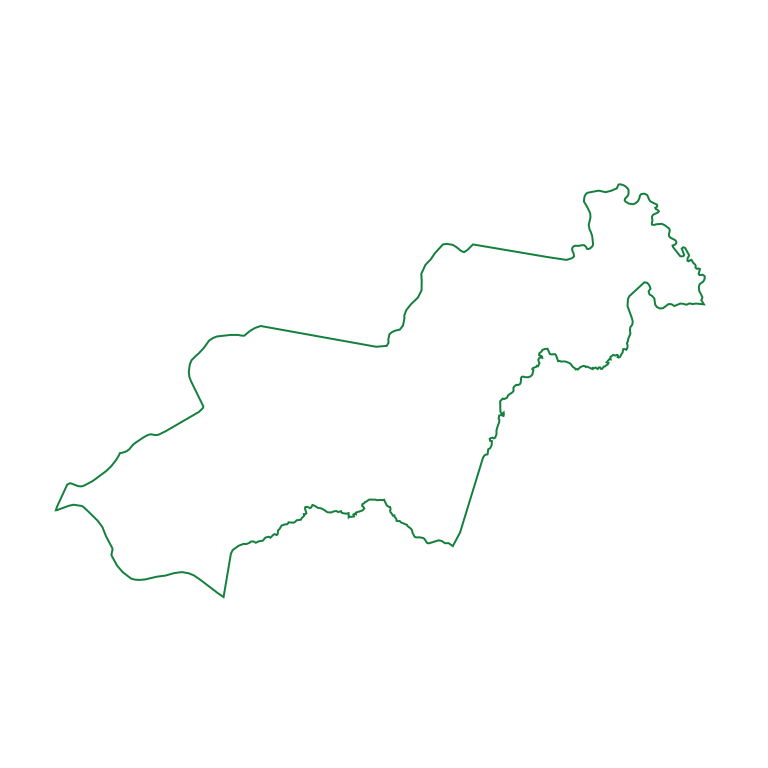 Autazes, Amazonas, Brazil, rotated 190°
{"feature_id": "56859067B87803288994040", "entity_name": "Autazes", "entity_type": "district", "adm_level": 2, "iso_a3": "BRA", "parent_name": "Brazil", "parent_adm1": "Amazonas", "projection": "mercator", "projection_center": [-59.68, -3.831], "detail": "fine", "context": "isolated", "style": "outline", "palette": "green", "viewbox_px": 768, "rotation_deg": 190, "n_neighbors": 0, "source": "geoboundaries", "source_scale": "gbopen_adm2", "svg_char_len": 6142}
<svg xmlns="http://www.w3.org/2000/svg" viewBox="0 0 768 768"><g transform="rotate(190 384 384)"><path d="M632.2,270.0L632.4,268.4L634.6,262.7L638.5,255.4L642.5,250.0L654.2,237.7L661.8,231.8L664.2,230.6L667.5,230.3L674.5,231.7L676.1,231.7L678.5,229.9L684.8,206.0L685.2,202.7L683.8,203.2L673.5,209.2L668.9,211.2L660.8,211.4L659.1,211.0L653.4,207.3L642.2,199.6L636.5,194.2L631.4,185.9L623.1,175.2L622.6,173.6L622.8,168.6L622.0,167.1L615.3,158.8L608.9,153.5L599.2,148.4L594.8,148.1L590.8,148.6L585.4,150.0L574.5,154.7L565.9,157.4L557.9,161.3L553.6,162.7L550.0,163.7L543.5,163.7L538.0,162.5L530.7,159.2L511.6,149.3L505.0,146.3L505.3,190.3L504.2,194.2L499.0,199.5L494.7,202.1L491.8,202.5L488.9,204.2L488.1,205.5L486.6,206.0L485.2,206.3L482.7,205.4L479.6,207.5L476.3,208.6L475.5,209.6L474.6,211.5L473.7,212.4L470.9,213.6L469.2,212.9L466.7,216.4L465.6,217.2L463.5,216.6L462.7,217.5L462.9,221.5L461.9,222.6L460.3,226.8L457.1,228.6L455.3,228.9L454.3,230.0L454.0,231.2L449.1,231.7L447.5,232.8L446.4,234.6L442.3,235.9L441.8,237.5L439.8,240.3L440.3,242.0L438.8,242.1L438.0,243.3L440.3,247.9L440.0,249.2L438.0,249.7L435.3,248.9L434.4,249.6L433.4,252.4L431.8,252.2L427.3,250.5L424.7,250.7L421.1,249.6L417.5,247.9L414.1,248.2L410.5,250.2L408.7,250.6L406.8,249.9L404.3,251.3L403.4,249.9L401.4,249.6L398.2,249.8L396.5,250.7L395.6,246.5L394.6,247.6L393.3,247.4L390.5,248.4L391.5,250.2L390.3,251.1L389.0,250.8L389.3,252.5L383.8,255.4L382.7,256.4L381.8,257.9L383.0,259.4L384.5,260.4L384.4,261.9L382.8,263.1L382.3,264.3L380.8,265.3L378.6,267.6L372.3,268.6L370.3,268.4L366.7,269.4L365.2,269.3L363.9,270.1L360.4,265.2L358.5,264.0L356.6,263.9L355.8,261.8L356.0,260.3L355.3,258.8L353.3,257.2L352.5,255.9L350.9,256.4L350.3,254.7L349.1,254.0L348.2,252.8L347.9,251.4L346.4,251.3L344.8,251.8L343.3,250.7L336.8,249.2L336.2,248.2L332.4,246.2L331.2,245.1L329.8,242.0L327.2,238.8L325.7,238.5L322.2,239.2L318.6,239.1L317.4,238.6L314.0,235.0L312.3,234.8L302.9,239.6L299.8,239.4L296.3,237.8L292.7,238.5L288.1,236.3L283.3,251.0L273.7,328.7L272.6,331.2L271.4,332.1L269.8,332.7L270.0,337.8L268.3,339.3L267.4,342.3L267.8,346.5L269.5,346.4L270.4,348.3L269.2,349.4L267.8,350.0L266.4,349.5L265.2,350.5L264.5,353.9L265.2,357.9L264.9,361.0L263.9,367.0L264.2,368.7L265.1,370.0L265.1,372.9L263.3,373.8L260.8,373.3L260.7,375.0L261.2,376.7L262.1,375.5L263.4,375.6L264.6,377.0L266.6,387.2L264.5,390.3L263.1,390.0L260.5,391.8L259.8,394.5L256.1,398.1L255.2,399.8L255.9,402.6L255.2,404.3L253.6,406.1L251.7,406.3L250.3,407.3L249.7,408.6L249.7,411.8L250.2,413.2L249.6,414.9L248.3,415.5L246.5,415.2L243.1,415.7L240.9,417.0L239.6,419.1L239.2,423.6L240.6,424.4L239.9,425.7L237.2,427.2L236.6,428.5L235.4,428.2L234.5,431.5L235.8,433.3L236.2,435.0L235.5,436.7L234.1,437.4L232.7,437.2L233.0,438.4L234.4,439.1L236.2,439.2L236.4,441.2L234.4,443.5L234.1,444.9L231.8,446.4L229.1,447.1L225.9,442.4L224.3,442.2L220.7,443.1L219.4,441.9L216.5,436.7L214.9,437.2L213.6,436.8L210.8,437.5L208.9,437.6L205.4,436.9L203.9,436.4L200.9,433.6L198.7,432.6L197.7,431.6L196.7,432.3L195.6,431.9L193.5,434.8L190.7,436.5L189.2,436.5L188.3,435.7L187.1,436.4L181.2,434.9L181.2,436.1L179.8,436.0L178.4,437.0L176.2,435.8L175.2,437.7L173.9,437.8L173.2,436.6L171.9,436.7L170.6,439.3L169.3,439.7L168.6,440.9L167.2,441.9L166.6,443.7L168.5,444.0L166.4,447.6L165.0,447.6L165.8,449.8L163.2,452.5L161.1,452.2L159.6,453.2L158.5,452.7L158.6,451.0L157.4,450.8L156.2,451.7L155.2,454.9L154.5,456.3L154.5,459.8L153.0,460.2L151.3,459.8L150.8,461.0L150.6,462.5L150.8,464.2L151.9,466.4L151.2,468.3L151.3,471.0L150.1,476.5L151.1,479.5L151.3,482.6L149.8,485.6L149.9,488.7L151.2,491.7L157.7,503.0L158.5,509.7L157.8,512.9L145.2,529.4L142.2,529.3L139.6,527.0L138.1,524.2L139.5,521.2L138.1,518.3L135.1,517.2L132.6,515.1L130.7,509.2L128.5,507.1L125.4,506.3L122.4,507.1L117.7,512.1L114.6,512.5L111.6,511.2L106.1,514.7L102.9,514.9L99.8,514.6L97.2,516.4L93.9,516.3L90.7,517.4L82.8,518.0L86.1,521.7L85.5,523.5L85.6,525.0L89.8,530.5L90.8,534.3L90.5,537.1L87.4,540.3L86.8,541.9L86.5,543.2L86.9,545.8L89.0,546.9L92.2,546.1L93.3,547.1L92.8,552.1L94.3,552.4L95.6,551.7L97.4,552.6L97.5,554.3L98.1,555.4L101.1,557.5L102.1,559.1L103.2,559.7L105.2,557.8L106.6,558.1L106.8,561.0L106.0,562.6L106.1,564.1L111.1,570.3L113.0,570.6L114.3,569.1L110.8,563.2L111.2,562.1L113.0,561.3L114.6,561.4L123.0,568.9L123.9,570.5L121.7,571.7L120.6,573.5L121.0,575.2L122.2,576.2L127.5,577.9L129.0,579.3L129.4,581.2L129.2,583.7L129.5,585.8L130.3,586.7L134.8,589.0L138.1,590.0L143.5,588.6L145.8,587.5L147.7,587.5L148.2,588.8L148.0,591.4L149.1,595.0L148.8,596.7L147.9,597.8L144.2,600.3L143.3,601.7L144.9,603.0L146.7,603.5L147.5,604.6L146.3,605.5L145.8,606.8L146.3,608.0L153.2,610.0L154.8,611.5L157.5,615.7L160.1,616.6L161.8,616.4L163.7,615.6L164.8,613.7L164.6,612.2L165.6,608.2L167.7,605.7L170.0,604.3L174.3,604.2L177.8,605.5L178.9,606.7L178.8,608.3L176.6,611.8L176.2,613.8L176.8,617.3L177.6,618.5L179.5,620.0L182.1,621.2L184.9,621.7L186.6,621.6L187.7,621.0L188.7,617.1L194.1,613.6L199.1,611.4L206.2,611.7L216.7,607.7L217.9,606.6L218.9,604.3L219.1,602.2L218.8,598.4L214.7,593.7L210.6,588.0L209.6,583.9L210.0,576.1L208.4,571.9L207.0,570.1L204.8,566.2L202.3,557.8L202.7,555.8L204.6,553.3L206.2,552.4L207.7,552.4L208.6,554.0L211.1,555.5L214.4,554.7L215.9,553.9L219.9,553.3L221.4,552.3L222.3,550.2L221.8,548.2L220.1,545.8L219.0,542.9L219.9,541.4L221.3,540.2L225.9,537.9L245.0,537.4L320.6,536.9L325.1,530.5L328.1,527.7L331.6,528.6L336.2,531.3L340.6,533.0L346.4,532.9L350.2,531.7L356.5,521.8L359.6,514.9L363.9,508.5L366.4,498.9L364.7,491.7L363.3,482.7L365.6,475.0L371.3,467.2L374.9,460.5L375.9,455.2L375.3,452.0L375.4,444.9L377.9,440.3L382.4,438.4L385.0,436.6L387.3,434.0L387.5,428.7L386.7,425.3L388.0,422.0L398.2,419.3L515.5,419.7L520.7,416.8L525.0,413.2L530.0,407.3L532.9,406.9L536.0,407.0L543.9,405.6L556.8,401.8L560.5,399.5L563.8,396.3L567.5,388.6L572.0,381.6L574.4,378.8L577.6,374.1L578.6,370.0L578.6,367.7L578.3,361.9L577.0,357.5L574.8,353.6L558.2,330.8L558.0,329.4L559.0,327.6L561.6,324.2L590.7,299.7L597.1,295.0L599.8,294.0L604.9,294.0L607.8,292.7L611.8,289.5L618.7,282.8L620.6,280.7L623.5,275.5L625.8,273.1L628.4,271.5L632.2,270.0Z" fill="none" stroke="#15803d" stroke-width="2"/></g></svg>